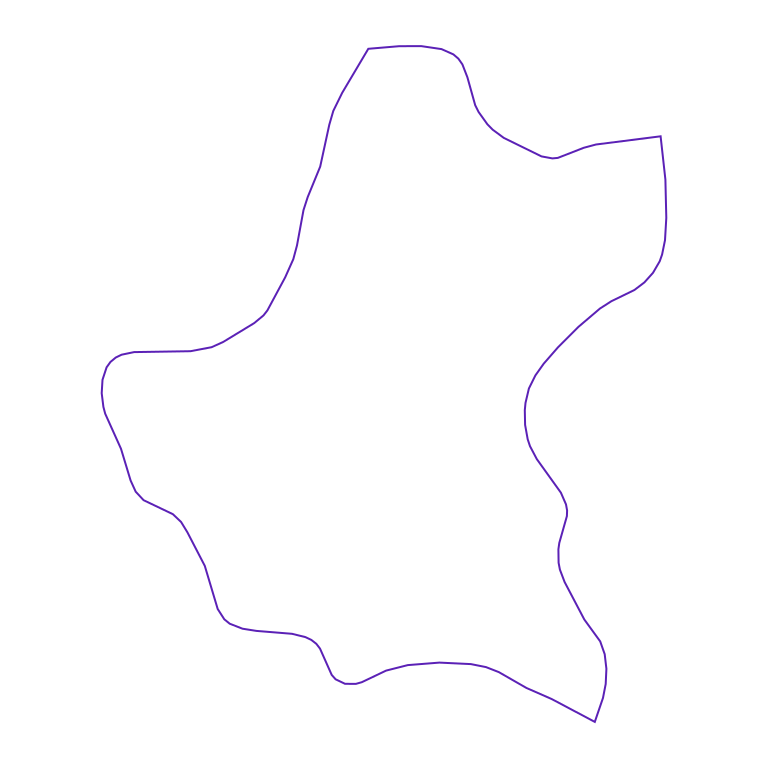 Licey al Medio, Santiago, Dominican Republic
{"feature_id": "3306468B91186516288237", "entity_name": "Licey al Medio", "entity_type": "district", "adm_level": 2, "iso_a3": "DOM", "parent_name": "Dominican Republic", "parent_adm1": "Santiago", "projection": "robinson", "projection_center": [-70.602, 19.426], "detail": "fine", "context": "isolated", "style": "outline", "palette": "violet", "viewbox_px": 768, "rotation_deg": 0, "n_neighbors": 0, "source": "geoboundaries", "source_scale": "gbopen_adm2", "svg_char_len": 1462}
<svg xmlns="http://www.w3.org/2000/svg" viewBox="0 0 768 768"><path d="M660.6,136.3L596.0,144.5L583.7,147.8L557.8,157.9L552.4,158.4L541.5,156.4L503.8,137.9L492.7,129.7L487.4,124.3L478.6,112.0L475.2,105.2L467.4,77.3L462.4,64.4L458.4,58.7L453.4,54.4L441.5,49.1L421.1,46.1L399.1,46.2L368.3,48.8L342.2,92.8L333.3,110.9L329.3,124.7L320.2,166.6L307.7,197.1L303.5,210.1L297.0,245.4L293.3,259.2L285.2,277.3L267.4,310.4L263.5,315.4L254.2,323.1L223.1,342.0L211.6,347.2L190.5,351.2L134.1,352.1L121.6,354.7L115.8,357.5L110.5,361.9L106.6,367.3L102.5,379.8L101.7,393.2L103.4,406.9L105.2,413.7L121.0,448.8L130.6,480.5L135.7,491.7L143.6,500.2L172.9,514.2L181.1,522.0L187.4,532.3L204.8,565.9L217.7,609.0L224.3,619.3L229.7,623.7L242.5,628.7L256.4,630.9L292.0,633.8L305.4,637.1L311.3,639.9L316.3,643.8L320.0,648.6L331.7,674.9L335.6,679.3L345.0,683.8L355.8,683.9L361.8,682.2L386.1,670.6L407.8,665.1L439.4,662.6L470.9,664.1L486.0,667.1L498.8,672.1L526.5,688.0L551.6,699.0L594.8,721.9L603.0,697.9L605.7,684.0L606.4,668.8L604.7,654.2L600.2,641.4L584.3,619.5L564.6,582.0L559.9,569.6L558.6,562.8L558.4,549.3L559.3,542.9L566.9,516.1L567.1,510.5L566.0,504.4L560.9,492.7L536.8,459.1L530.0,446.2L527.7,439.3L525.1,424.9L524.8,410.2L525.5,402.9L528.9,388.5L535.4,375.4L543.7,363.7L558.0,347.3L578.5,326.8L600.0,308.5L611.4,301.2L634.4,290.0L644.4,282.4L653.0,272.8L659.7,261.3L662.1,254.5L665.0,240.2L666.3,217.9L665.4,179.6L660.6,136.3Z" fill="none" stroke="#5b21b6" stroke-width="2"/></svg>